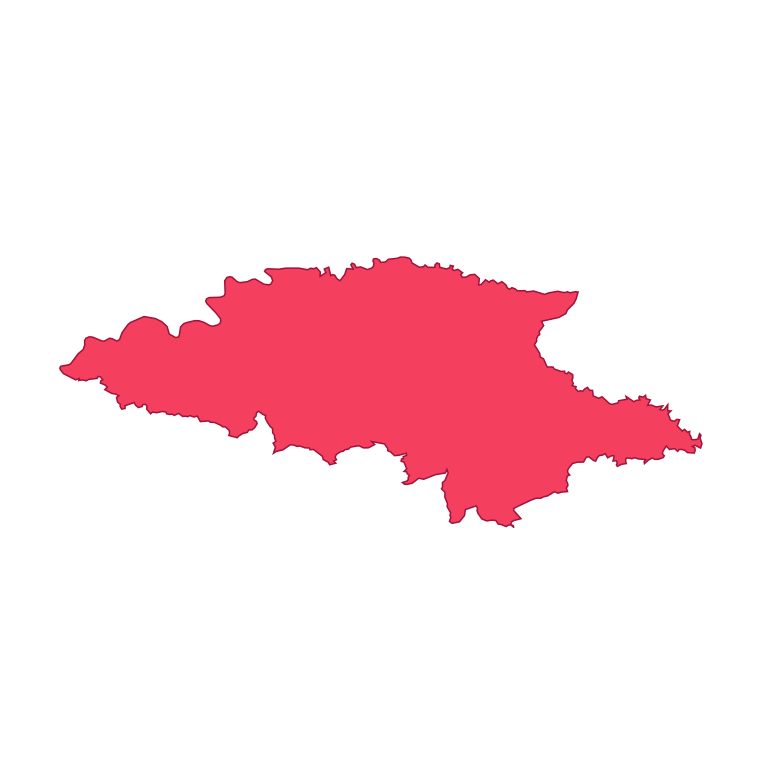 the district of Vacaria, Rio Grande do Sul, Brazil, rotated 278°
{"feature_id": "56859067B46589048309453", "entity_name": "Vacaria", "entity_type": "district", "adm_level": 2, "iso_a3": "BRA", "parent_name": "Brazil", "parent_adm1": "Rio Grande do Sul", "projection": "equal_earth", "projection_center": [-50.936, -28.365], "detail": "fine", "context": "isolated", "style": "filled", "palette": "rose", "viewbox_px": 768, "rotation_deg": 278, "n_neighbors": 0, "source": "geoboundaries", "source_scale": "gbopen_adm2", "svg_char_len": 6150}
<svg xmlns="http://www.w3.org/2000/svg" viewBox="0 0 768 768"><g transform="rotate(278 384 384)"><path d="M417.4,137.0L409.6,124.3L407.6,122.4L398.5,117.5L391.1,115.9L389.4,113.5L390.9,108.9L391.2,106.0L387.4,100.8L387.4,98.6L389.9,88.8L389.7,85.5L387.8,82.5L385.5,81.5L380.8,82.2L376.3,81.3L371.5,77.0L360.6,71.0L359.1,69.0L356.5,61.3L354.5,60.8L352.9,61.7L349.7,65.1L345.2,78.0L347.0,81.2L345.0,81.3L346.1,84.9L345.7,88.7L347.5,91.0L349.6,99.2L351.7,99.8L351.6,102.1L349.1,104.9L347.6,103.1L345.5,103.0L344.2,107.9L342.4,110.4L339.6,108.3L336.7,115.8L336.7,119.4L335.5,123.2L333.6,121.0L329.0,122.7L327.2,125.6L325.1,125.8L322.6,127.7L323.7,131.0L326.5,130.6L330.8,139.2L328.5,140.9L326.5,144.0L328.1,147.7L330.0,147.8L330.6,150.8L329.1,152.4L326.2,152.4L322.0,157.0L324.0,158.7L323.9,162.9L325.9,168.1L325.9,171.9L324.2,172.9L324.0,175.8L324.7,178.6L323.7,180.6L326.3,184.8L323.8,189.2L324.5,191.5L324.3,194.1L325.7,196.3L324.8,200.4L326.3,203.5L321.2,207.4L323.0,215.2L322.0,217.4L322.3,221.6L320.4,228.1L319.2,230.1L319.4,233.0L316.5,237.2L313.9,237.9L311.4,237.5L310.4,246.3L312.0,247.1L315.2,250.9L317.1,255.5L319.6,256.4L320.2,259.8L322.7,262.0L327.0,263.9L329.1,263.0L330.5,260.1L332.5,260.0L334.0,261.6L337.9,261.9L339.5,263.7L337.0,268.3L336.4,271.1L333.7,271.2L329.9,273.8L326.1,277.2L324.4,279.8L320.0,280.6L318.4,282.5L314.8,283.3L312.2,284.9L310.0,282.4L306.4,285.2L300.0,284.2L302.2,286.6L304.7,293.1L310.8,299.7L311.0,303.0L310.1,306.8L310.9,309.4L309.8,314.5L310.2,319.0L308.6,319.9L309.3,323.4L303.8,333.1L300.7,334.4L298.7,339.8L296.4,341.4L298.9,347.3L300.7,344.8L302.4,347.5L304.6,345.8L307.5,346.6L310.8,350.2L311.9,353.2L313.4,354.3L314.6,357.9L316.9,359.8L319.4,367.9L317.9,372.3L318.6,377.4L322.7,383.2L325.3,379.8L324.7,392.9L320.7,396.5L318.5,397.0L317.6,400.1L314.5,404.4L315.7,409.2L318.5,415.7L316.5,416.3L314.7,413.1L312.9,413.7L312.2,411.8L309.8,411.7L309.5,414.6L303.2,418.3L300.2,416.0L300.2,418.7L298.2,419.6L297.1,421.9L295.0,420.9L292.9,421.4L291.0,420.1L289.0,415.9L287.6,418.3L287.7,420.7L289.8,425.9L295.5,431.5L295.2,436.6L301.3,447.4L304.5,457.3L308.1,458.2L304.9,459.9L296.7,457.7L294.6,455.6L290.2,456.3L288.2,455.5L285.2,459.5L280.6,459.9L274.4,463.5L271.3,463.6L265.7,467.9L263.3,467.6L261.2,468.7L257.1,467.9L255.5,470.8L258.0,477.9L264.9,482.0L271.0,482.1L276.1,492.3L274.0,493.9L271.7,493.7L269.2,494.9L264.1,499.5L262.7,504.7L264.2,509.8L264.4,513.8L261.2,516.5L261.2,519.5L259.8,524.8L261.3,526.5L262.2,529.1L265.0,529.4L266.8,531.4L269.7,538.4L276.6,530.2L278.7,529.8L280.6,532.2L289.4,545.6L292.2,550.9L292.7,555.2L294.4,557.4L295.9,561.5L301.0,567.7L300.1,571.6L301.6,574.6L303.0,580.7L306.4,579.0L308.7,580.2L310.4,580.0L313.8,578.0L318.4,578.3L319.7,580.6L321.4,578.6L323.8,577.8L326.3,578.6L331.6,581.8L333.6,586.8L334.5,592.5L339.6,594.5L340.4,597.0L337.6,601.8L337.0,604.3L341.0,605.6L343.2,607.3L344.0,610.3L345.8,612.8L342.0,615.8L344.4,619.0L345.0,621.4L343.3,622.0L339.6,621.4L340.3,624.7L338.3,626.0L336.4,625.4L334.9,626.5L337.6,630.5L338.9,635.0L342.0,633.8L344.3,634.2L344.8,637.0L344.4,639.7L345.9,642.5L345.2,646.0L345.6,653.6L343.2,652.4L341.4,653.0L345.3,656.3L348.0,659.9L347.1,662.8L347.6,666.2L350.1,670.8L351.9,671.6L353.8,669.4L356.2,669.6L361.9,672.2L358.9,675.7L360.4,680.8L358.2,684.2L360.2,685.4L360.7,688.3L360.0,691.5L358.3,694.0L358.8,700.9L361.5,701.4L364.2,700.7L365.1,698.1L366.6,700.5L364.6,706.4L369.1,707.2L374.6,704.5L377.4,705.0L378.7,703.4L373.0,702.4L371.8,698.4L372.0,696.1L374.6,695.3L376.7,693.5L379.6,693.3L378.5,691.2L380.9,687.8L378.9,685.9L383.2,680.3L389.8,681.7L389.7,678.8L387.5,676.9L388.0,672.8L394.0,669.4L397.3,671.9L397.0,668.6L403.0,667.9L398.0,665.2L396.8,663.3L397.0,660.8L401.1,663.1L399.2,656.7L400.4,651.3L399.5,648.0L405.3,650.0L405.9,645.6L409.2,644.6L407.0,642.4L407.5,638.8L405.8,638.2L403.9,639.7L403.0,636.4L401.3,633.8L405.4,625.4L402.7,626.7L400.1,618.7L397.8,618.3L395.5,612.4L396.0,610.0L401.7,601.7L399.7,598.5L401.4,592.8L406.7,591.4L406.4,588.4L409.0,586.0L406.9,583.3L404.3,581.6L404.7,579.5L403.7,577.4L406.1,574.2L408.1,574.6L408.5,570.6L410.8,571.4L414.0,569.5L416.1,570.2L419.5,569.6L421.5,565.0L419.6,563.8L420.1,561.5L421.8,561.0L421.1,557.7L422.5,550.5L424.3,549.1L423.6,543.2L431.1,538.5L432.5,535.0L436.2,533.8L443.8,527.5L447.5,529.2L450.0,528.8L453.3,529.7L454.5,531.3L457.4,530.4L464.0,534.0L468.0,531.2L474.2,547.8L479.1,554.3L482.9,555.3L490.2,560.8L494.8,562.4L502.1,563.4L502.0,560.7L500.2,555.3L500.9,552.8L499.9,551.0L499.6,548.3L500.0,543.1L497.2,534.6L495.1,530.5L496.9,519.2L495.0,512.4L496.1,510.6L494.8,503.2L496.4,500.7L497.2,497.3L495.2,494.9L496.6,492.5L498.8,491.3L501.8,486.5L499.1,482.9L502.1,477.7L500.9,475.1L499.4,474.0L501.4,470.1L496.1,466.4L495.3,463.9L501.6,463.8L505.2,458.6L504.0,453.9L501.3,450.5L500.6,446.7L503.0,444.7L505.1,446.4L507.8,441.1L506.1,437.4L507.4,435.5L510.4,436.3L510.7,433.1L508.4,433.0L506.6,429.9L507.3,423.1L510.7,422.0L511.3,419.6L509.0,417.9L506.6,418.1L505.7,411.3L507.6,408.1L505.7,406.8L504.5,402.9L507.8,394.8L510.5,393.5L512.1,391.5L512.5,387.1L512.0,382.6L510.4,379.8L508.1,371.0L505.0,368.4L504.0,363.7L506.1,362.3L507.2,358.9L506.4,356.2L504.3,355.9L502.5,357.2L498.8,357.1L496.9,355.4L495.0,351.6L496.7,344.5L495.4,340.4L498.5,338.1L499.2,335.6L497.4,334.6L493.4,337.5L493.1,331.0L487.0,329.9L480.2,326.1L481.6,322.8L484.9,320.1L485.2,317.8L484.0,316.1L492.0,313.0L489.5,308.8L486.2,311.0L481.7,305.7L486.0,305.4L489.8,300.9L488.4,298.4L488.4,295.1L486.5,292.5L486.9,283.9L485.0,270.4L483.0,263.7L481.9,252.7L480.8,250.7L478.8,250.1L474.5,257.4L470.8,259.4L467.1,258.0L466.1,255.9L466.2,251.0L470.0,241.9L469.3,239.1L466.2,234.3L464.3,227.0L465.0,224.1L468.7,218.6L468.7,216.1L467.7,213.7L464.1,211.9L451.6,214.1L449.1,213.4L447.1,209.7L445.3,199.0L443.6,196.4L441.2,195.9L438.7,197.8L431.0,207.7L425.9,213.0L423.3,213.6L421.3,213.0L419.6,211.5L417.4,206.5L417.5,203.6L420.0,197.1L420.9,192.0L420.4,187.8L417.2,179.6L415.5,176.9L412.1,174.6L404.0,174.5L401.8,173.7L401.0,171.1L403.6,164.4L410.7,161.2L414.8,155.2L417.0,148.5L417.4,137.0ZM262.2,529.1L259.9,532.7L261.9,531.5L262.2,529.1Z" fill="#f43f5e" stroke="#9f1239" stroke-width="1.5"/></g></svg>